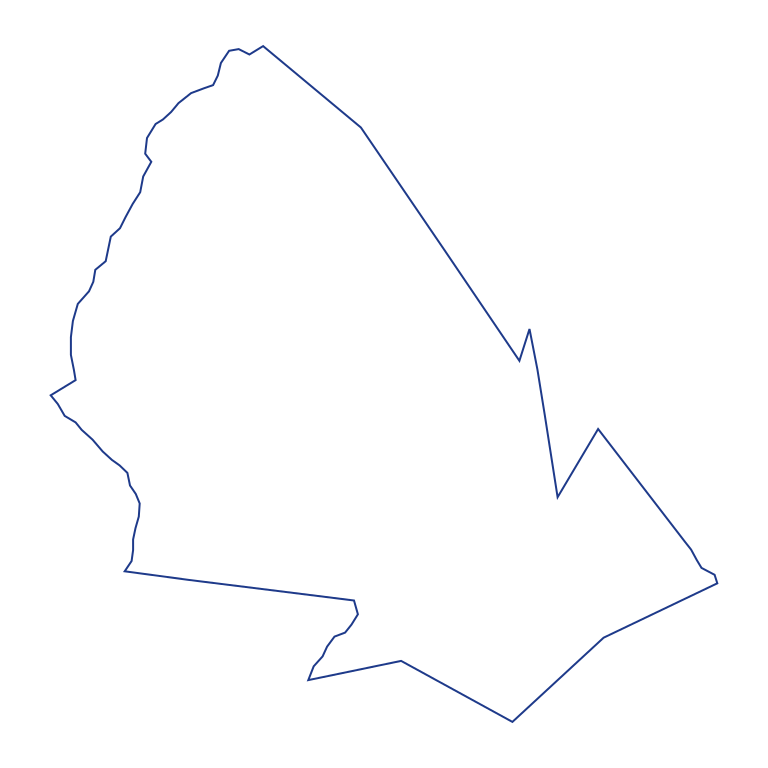 São João da Varjota, Piauí, Brazil
{"feature_id": "56859067B92714876979598", "entity_name": "São João da Varjota", "entity_type": "district", "adm_level": 2, "iso_a3": "BRA", "parent_name": "Brazil", "parent_adm1": "Piauí", "projection": "natural_earth1", "projection_center": [-41.918, -6.948], "detail": "fine", "context": "isolated", "style": "outline", "palette": "blue", "viewbox_px": 768, "rotation_deg": 0, "n_neighbors": 0, "source": "geoboundaries", "source_scale": "gbopen_adm2", "svg_char_len": 1051}
<svg xmlns="http://www.w3.org/2000/svg" viewBox="0 0 768 768"><path d="M529.5,329.0L519.4,360.8L446.3,252.8L360.9,127.5L263.1,46.1L249.4,54.5L238.7,49.1L229.1,50.8L220.9,63.0L217.8,75.6L213.1,85.1L204.2,88.2L191.1,93.1L178.5,103.1L171.1,112.0L162.9,119.5L155.6,124.0L147.0,138.0L145.2,153.7L151.3,161.8L143.2,176.5L140.2,192.2L132.7,203.9L125.4,217.4L120.0,228.2L110.8,236.6L105.7,261.2L95.3,269.8L93.3,281.8L89.0,291.3L77.8,303.9L72.9,321.0L70.9,337.1L70.9,354.9L73.9,369.9L75.6,380.1L50.7,395.3L57.8,404.0L64.7,415.9L75.6,422.4L81.7,429.9L92.6,439.7L102.7,451.5L111.9,459.9L119.6,465.4L127.4,472.9L130.0,485.5L135.8,494.0L139.7,503.5L138.8,516.6L135.5,528.1L133.1,539.5L133.1,550.1L131.6,561.0L124.7,571.3L187.9,579.8L354.0,600.5L357.9,614.3L351.5,624.6L345.1,632.6L334.5,636.6L327.1,646.6L322.6,656.4L313.7,666.3L308.3,680.1L401.1,660.9L512.4,721.9L603.6,637.7L717.3,583.3L714.6,574.8L701.5,567.9L696.8,560.1L691.1,549.6L684.8,541.6L598.1,429.0L557.6,497.2L544.8,415.2L537.4,369.4L529.5,329.0Z" fill="none" stroke="#1e3a8a" stroke-width="2"/></svg>